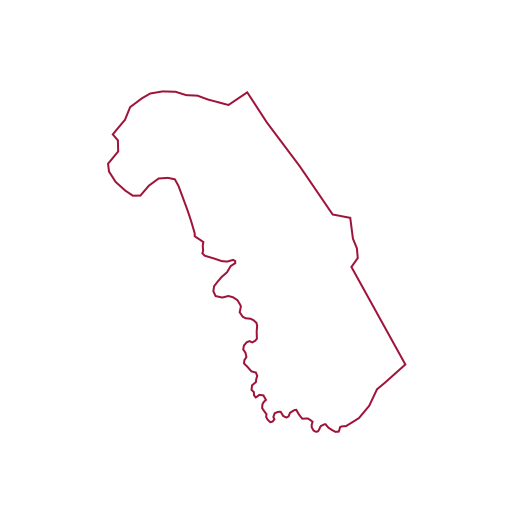 Ethiope West, Delta, Nigeria, rotated 25°
{"feature_id": "59680162B36658267128816", "entity_name": "Ethiope West", "entity_type": "district", "adm_level": 2, "iso_a3": "NGA", "parent_name": "Nigeria", "parent_adm1": "Delta", "projection": "orthographic", "projection_center": [5.764, 5.912], "detail": "fine", "context": "isolated", "style": "outline", "palette": "rose", "viewbox_px": 512, "rotation_deg": 25, "n_neighbors": 0, "source": "geoboundaries", "source_scale": "gbopen_adm2", "svg_char_len": 2014}
<svg xmlns="http://www.w3.org/2000/svg" viewBox="0 0 512 512"><g transform="rotate(25 256 256)"><path d="M409.4,372.2L413.0,366.8L417.8,359.4L421.9,344.0L422.0,325.6L426.1,317.0L437.2,291.2L347.1,225.6L349.1,214.9L344.2,206.4L336.5,199.3L325.3,181.6L307.9,186.0L297.7,179.9L276.3,167.2L268.9,162.8L257.0,155.8L209.6,130.5L184.1,114.6L178.9,111.4L177.5,113.7L167.2,130.8L146.3,134.5L135.2,135.4L124.8,139.7L113.6,141.2L101.8,146.3L91.4,153.5L85.9,161.4L79.0,174.3L79.7,187.9L77.0,197.9L74.8,206.3L82.0,209.6L86.9,219.5L82.9,234.9L87.1,241.6L97.5,248.2L109.9,252.0L118.9,253.4L125.7,250.1L129.2,237.5L135.0,226.9L143.2,222.4L150.0,220.8L156.1,225.2L163.8,232.8L174.2,243.1L181.9,251.2L183.7,253.2L190.9,261.4L192.1,264.0L202.4,265.6L203.4,269.2L205.8,273.4L206.3,276.3L209.5,277.4L219.0,276.0L227.2,275.1L232.3,273.2L236.9,269.2L239.3,269.4L240.2,271.3L237.3,275.8L236.6,283.0L233.8,289.3L232.1,295.4L230.8,301.0L232.2,305.9L236.3,309.4L243.0,307.9L247.9,303.9L252.8,303.1L257.9,303.9L261.9,306.6L263.6,308.0L265.0,313.9L269.7,316.7L272.9,316.8L277.5,315.2L280.8,315.2L284.7,316.4L286.6,318.9L288.5,324.1L291.8,330.7L291.0,333.3L289.1,335.9L286.1,335.9L284.0,338.1L282.9,342.2L283.9,346.1L287.3,348.1L290.0,351.6L289.5,355.4L290.6,358.5L294.9,360.0L300.6,362.5L305.1,361.7L307.8,364.1L308.2,367.3L309.2,370.3L308.2,372.4L307.1,374.9L308.5,379.2L311.5,380.2L313.1,383.1L315.6,384.3L317.8,380.4L321.6,379.2L325.8,382.2L324.7,385.1L324.5,387.8L325.9,391.3L329.4,393.4L332.3,394.9L333.2,397.6L335.7,399.4L339.2,400.6L341.0,399.1L341.7,396.2L339.8,394.6L339.4,390.6L341.9,387.9L344.2,386.8L348.3,389.5L351.7,389.6L353.3,387.7L353.1,383.7L355.8,379.6L357.5,378.4L361.3,381.1L363.8,382.5L366.7,383.9L371.5,381.4L374.1,381.6L377.3,382.3L377.9,385.8L379.0,387.8L382.0,389.9L384.2,390.0L385.5,389.5L386.4,388.4L386.6,385.4L386.4,384.3L386.7,382.6L389.2,379.6L390.1,379.1L394.2,381.0L398.6,381.6L402.3,381.8L405.2,380.2L405.0,378.1L404.5,375.6L405.7,374.2L409.4,372.2Z" fill="none" stroke="#9f1239" stroke-width="2"/></g></svg>